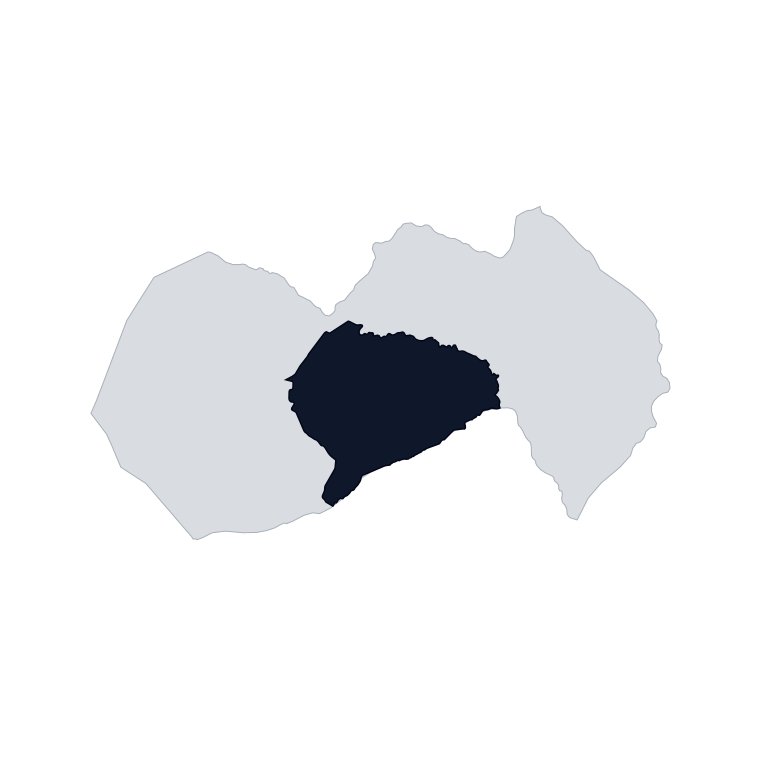 Presidente Hayes on a map of Paraguay (Mercator projection), rotated 303°
{"feature_id": "PRY-605", "entity_name": "Presidente Hayes", "entity_type": "Department", "adm_level": 1, "iso_a3": "PRY", "parent_name": "Paraguay", "parent_adm1": "", "projection": "mercator", "projection_center": [-58.464, -23.686], "detail": "fine", "context": "in_parent", "style": "filled", "palette": "ink", "viewbox_px": 768, "rotation_deg": 303, "n_neighbors": 0, "source": "natural_earth", "source_scale": "10m", "svg_char_len": 8297}
<svg xmlns="http://www.w3.org/2000/svg" viewBox="0 0 768 768"><g transform="rotate(303 384 384)"><path d="M399.9,184.9L401.2,189.3L401.9,192.6L403.7,194.9L405.6,198.1L407.4,199.8L408.7,202.8L408.3,206.1L409.1,210.5L410.0,214.2L410.9,215.2L413.6,216.2L414.9,219.6L413.9,221.3L414.3,223.2L415.2,225.2L414.4,227.0L414.8,228.5L416.6,229.7L418.3,234.5L418.5,242.6L416.6,246.9L415.2,250.5L414.8,252.6L415.9,255.8L414.1,259.5L411.8,264.1L412.4,267.3L412.8,270.2L412.9,273.4L413.5,276.4L412.8,279.5L412.0,282.3L411.7,285.5L412.6,289.1L410.9,292.4L410.0,294.8L409.6,297.2L411.3,301.0L415.5,302.6L418.8,303.0L422.0,301.0L424.4,300.4L428.8,302.2L432.8,305.3L438.0,305.7L442.6,306.3L446.1,307.3L451.2,306.1L456.6,307.3L462.8,309.1L468.0,310.7L473.1,310.3L477.0,310.1L481.0,308.3L484.9,308.5L487.9,305.3L489.5,302.6L491.0,300.6L495.2,299.0L498.2,300.0L500.6,305.1L504.8,308.1L506.4,310.3L509.6,311.3L516.4,311.5L520.6,311.3L525.4,312.9L528.5,312.9L531.3,315.7L533.9,319.1L534.2,325.2L536.6,330.0L539.8,331.8L541.4,334.8L540.9,339.0L539.4,343.2L539.6,347.8L541.2,352.0L541.2,356.2L542.3,360.4L544.5,364.0L545.3,369.8L544.9,374.0L546.4,376.4L546.9,379.8L546.0,382.6L545.6,386.4L545.8,389.8L546.9,392.6L550.2,396.3L551.2,402.7L551.2,407.1L552.6,412.4L555.4,414.8L559.8,415.6L565.0,416.4L571.2,415.2L576.7,413.8L579.9,412.4L585.9,408.5L591.3,406.3L594.0,404.9L596.6,403.9L602.0,406.3L606.9,409.3L610.8,413.6L618.0,418.2L616.6,419.3L613.7,423.1L613.8,427.6L615.8,434.0L614.0,447.6L608.4,468.3L606.2,480.5L607.2,483.9L605.1,490.0L597.5,503.1L597.2,511.9L596.3,538.5L593.7,557.3L589.4,571.2L585.5,578.6L582.0,579.5L579.4,581.8L577.9,585.3L575.0,588.2L570.8,590.6L568.6,593.2L568.2,596.0L564.2,597.8L556.5,598.6L552.0,600.9L550.7,604.6L548.1,607.5L544.3,609.7L542.5,613.3L542.7,618.3L540.6,622.6L536.0,626.3L531.8,626.4L528.0,622.9L522.8,620.7L516.4,619.6L511.0,620.4L506.7,623.3L502.9,627.8L499.5,634.0L495.8,635.0L491.7,630.8L486.6,629.6L480.3,631.2L475.3,630.6L471.6,627.9L465.9,627.6L458.3,629.7L442.7,627.2L419.3,620.1L399.5,617.4L375.2,620.0L373.1,612.6L374.4,608.6L378.4,605.6L380.8,602.2L381.8,598.3L384.6,595.4L389.0,593.4L390.9,591.4L390.2,589.4L391.2,587.6L393.7,586.0L395.2,583.5L395.5,580.2L396.5,578.5L398.2,577.2L398.4,574.9L397.4,567.7L397.5,561.8L398.7,557.2L400.2,554.4L401.3,553.7L402.3,552.1L402.7,549.3L404.3,546.7L412.0,541.4L414.9,538.5L415.2,535.9L416.3,532.4L420.9,524.7L422.4,521.2L422.5,519.4L424.1,517.6L429.7,513.3L432.7,509.3L433.1,505.6L431.8,501.4L428.7,496.7L418.8,484.9L411.1,479.5L401.2,475.1L394.8,473.6L391.7,475.2L388.5,474.0L385.3,470.0L379.9,466.8L368.6,463.4L342.8,449.6L332.4,443.0L329.0,438.9L319.3,431.6L303.5,421.0L291.4,415.9L283.0,416.2L269.4,413.1L250.8,406.7L240.1,400.5L237.2,394.4L230.3,388.4L219.4,382.3L213.8,378.4L213.4,376.5L210.1,374.0L204.1,370.9L197.5,365.7L190.3,358.2L182.5,346.8L174.3,331.2L165.5,320.8L156.1,315.4L151.4,311.9L151.4,310.1L150.0,308.4L151.3,305.5L154.7,293.7L159.7,276.7L164.8,259.2L170.9,238.5L170.9,223.9L170.9,208.6L179.5,195.9L185.6,187.0L190.9,178.5L196.2,163.9L199.8,154.2L213.4,151.9L236.6,146.9L248.1,144.4L272.4,139.1L297.1,133.7L323.1,133.3L348.2,133.0L367.6,145.1L382.5,154.3L398.8,164.4L399.9,166.6L401.1,175.1L399.9,184.9Z" fill="#d9dde1" stroke="#a8b0b8" stroke-width="1"/><path d="M259.2,408.8L258.6,408.7L257.5,407.7L257.0,407.5L253.7,407.6L253.4,399.8L253.5,399.4L253.6,399.0L254.4,397.7L254.6,397.0L255.0,394.9L255.3,394.3L255.8,393.8L256.7,393.3L257.5,393.1L261.5,392.4L263.5,391.6L265.2,390.6L266.0,390.3L266.7,390.1L284.7,389.1L286.7,388.8L288.0,388.2L293.5,385.3L294.0,385.0L294.0,384.9L294.5,379.5L295.0,377.1L295.7,375.0L298.2,369.8L298.8,368.1L299.0,367.1L298.9,366.4L298.4,365.3L298.3,364.9L298.3,364.5L299.8,360.4L300.1,359.1L300.2,358.1L299.8,355.2L299.9,352.5L299.7,349.4L299.8,348.7L300.3,346.8L300.5,346.0L300.5,344.5L300.7,343.5L301.2,342.3L312.0,326.2L312.3,325.5L312.4,324.5L312.4,324.3L312.1,321.5L312.2,320.8L312.5,320.3L313.3,319.9L314.2,319.7L317.4,319.7L318.3,319.5L318.9,319.2L319.3,318.4L319.4,317.9L319.3,317.5L318.5,316.1L318.4,315.6L318.4,315.2L318.5,314.6L318.6,314.2L318.9,313.5L319.4,312.9L320.1,312.2L325.8,308.7L326.6,308.4L327.4,308.2L327.9,308.5L328.4,308.8L328.9,309.4L329.3,309.7L329.8,309.9L330.2,310.1L330.5,310.0L331.8,309.4L335.2,307.3L336.1,306.5L336.3,306.2L336.1,305.3L334.1,299.4L340.4,302.9L342.5,303.7L343.8,304.1L344.7,304.2L353.3,303.8L365.2,304.8L368.1,304.5L394.2,306.3L395.6,306.7L396.4,307.3L396.8,310.2L397.2,310.8L398.0,311.3L417.2,319.8L417.6,321.2L418.3,328.0L419.1,329.9L420.5,331.5L421.1,332.5L421.4,333.8L420.8,334.4L419.6,334.5L417.2,334.0L414.6,334.4L412.8,335.7L412.2,337.5L413.4,339.4L413.9,339.6L415.2,340.0L415.7,340.3L416.0,340.9L416.2,342.3L416.6,342.9L417.1,343.2L418.4,343.1L418.9,343.4L419.3,343.8L419.5,344.2L419.8,345.2L420.4,346.0L420.6,346.5L420.6,347.3L420.1,347.9L419.3,348.4L418.8,349.0L418.9,349.6L420.7,351.3L421.5,352.3L421.8,353.5L420.6,355.9L421.4,356.7L423.9,358.0L424.4,358.7L424.8,359.8L425.6,360.1L427.8,360.1L428.9,360.6L429.3,361.4L429.4,362.4L429.4,363.6L429.7,364.6L430.6,365.5L431.7,366.3L433.8,367.3L434.2,367.5L434.7,368.0L436.0,369.8L436.6,370.2L437.6,371.2L437.8,371.5L437.8,372.8L437.7,373.2L437.4,373.8L436.9,374.6L436.6,375.0L436.5,375.4L436.6,376.3L437.0,376.9L437.9,377.8L438.3,378.5L439.1,379.1L439.2,379.4L439.3,379.9L439.7,381.7L439.9,382.3L439.9,382.8L439.7,383.4L439.5,384.1L439.1,385.2L438.9,385.9L438.9,386.6L439.2,387.9L439.2,388.6L439.4,389.4L440.8,392.1L442.3,393.8L446.4,396.0L448.1,397.5L448.9,398.5L449.1,399.0L449.2,399.6L448.8,400.2L447.8,400.6L447.6,401.0L447.8,401.6L448.2,402.1L448.7,402.4L448.8,402.7L448.8,403.2L448.4,405.0L448.3,406.9L448.1,407.5L446.8,408.4L446.6,408.6L446.4,408.9L446.0,409.3L445.5,409.9L445.4,410.6L445.6,411.1L446.3,411.2L447.1,411.2L447.6,411.3L448.7,412.5L448.9,414.0L449.0,415.6L449.6,417.1L450.7,416.8L451.6,417.4L452.0,418.4L451.7,419.4L451.3,419.9L451.2,420.6L451.5,421.1L452.0,421.3L454.0,421.2L454.5,421.3L455.4,422.5L454.9,423.7L453.9,424.9L453.5,425.9L452.5,427.1L452.3,427.4L452.2,427.6L452.2,428.0L452.3,428.8L452.4,429.3L452.7,429.8L453.7,430.9L454.2,431.6L454.8,432.7L455.0,433.5L455.3,437.3L455.7,439.1L456.3,443.4L456.6,444.3L457.2,445.8L457.1,446.4L456.6,448.4L456.4,450.9L456.4,452.1L456.6,453.0L457.0,453.7L457.4,454.5L458.2,455.0L459.1,455.7L459.4,456.7L458.2,459.2L458.0,460.3L457.7,461.3L456.8,461.9L456.2,461.9L455.7,461.7L455.2,461.6L454.5,461.9L454.4,462.3L453.5,465.8L450.6,469.8L450.7,470.2L451.1,470.7L451.6,470.8L452.1,470.5L452.5,470.4L452.6,471.4L452.5,472.1L452.3,472.6L452.3,473.2L452.8,473.9L453.4,474.6L453.6,475.1L453.4,475.5L452.6,475.8L451.4,475.6L449.9,475.2L448.6,475.4L448.1,476.8L445.4,480.4L444.8,480.9L444.1,481.3L443.5,481.6L442.9,481.7L442.4,482.0L441.4,483.1L441.0,483.4L439.2,483.4L437.6,483.4L436.0,483.0L435.3,483.2L435.1,484.0L434.9,485.6L434.4,487.3L433.6,488.9L432.8,490.1L432.0,490.9L431.3,491.2L429.7,491.7L428.9,492.2L428.3,492.8L427.1,494.3L425.4,493.1L424.3,491.6L422.5,487.6L421.9,486.8L420.1,485.9L419.3,485.3L416.8,482.4L416.0,481.7L414.9,481.3L410.5,481.3L409.7,481.0L409.4,480.4L409.2,479.7L408.8,479.2L408.3,479.1L407.1,479.2L406.5,479.2L402.6,477.2L401.9,477.3L401.4,476.3L396.4,472.9L395.3,472.9L394.4,473.6L392.9,475.2L392.2,475.7L391.5,476.1L390.9,476.2L390.1,476.0L389.8,475.6L389.7,475.1L389.3,474.5L385.8,470.5L384.4,468.7L383.8,468.0L382.5,467.4L370.2,464.9L369.9,464.7L369.8,464.2L369.4,463.9L369.0,463.7L368.6,463.4L367.8,463.1L365.0,463.1L363.8,462.8L353.1,454.7L351.4,454.2L350.8,453.8L349.7,452.7L349.2,452.4L348.8,452.3L347.8,452.3L346.7,451.9L344.6,450.5L343.3,450.0L341.7,448.9L339.4,448.1L338.9,447.7L338.6,447.3L338.1,447.0L337.3,446.8L336.8,446.6L336.0,445.8L334.2,445.1L333.3,443.9L332.2,441.8L331.7,441.2L329.5,439.3L328.1,438.6L327.9,438.2L327.8,437.6L327.6,437.2L327.3,436.9L326.1,436.4L324.8,435.6L324.2,435.1L323.6,434.5L323.1,434.2L322.1,433.9L321.2,433.4L319.8,433.2L319.2,433.0L318.8,432.6L317.8,431.3L315.7,429.1L295.7,415.7L294.7,415.5L293.5,415.6L290.9,416.6L289.6,416.9L285.4,417.0L281.1,416.3L279.3,416.4L278.8,416.3L278.2,416.0L277.1,415.0L276.5,414.6L276.0,414.5L274.0,414.6L270.6,413.9L268.7,412.6L267.7,412.1L265.7,412.0L265.4,411.9L264.5,410.0L264.5,409.6L263.9,409.5L263.0,409.0L262.4,408.8L261.7,408.7L259.2,408.8Z" fill="#0f172a" stroke="#020617" stroke-width="1.5"/></g></svg>